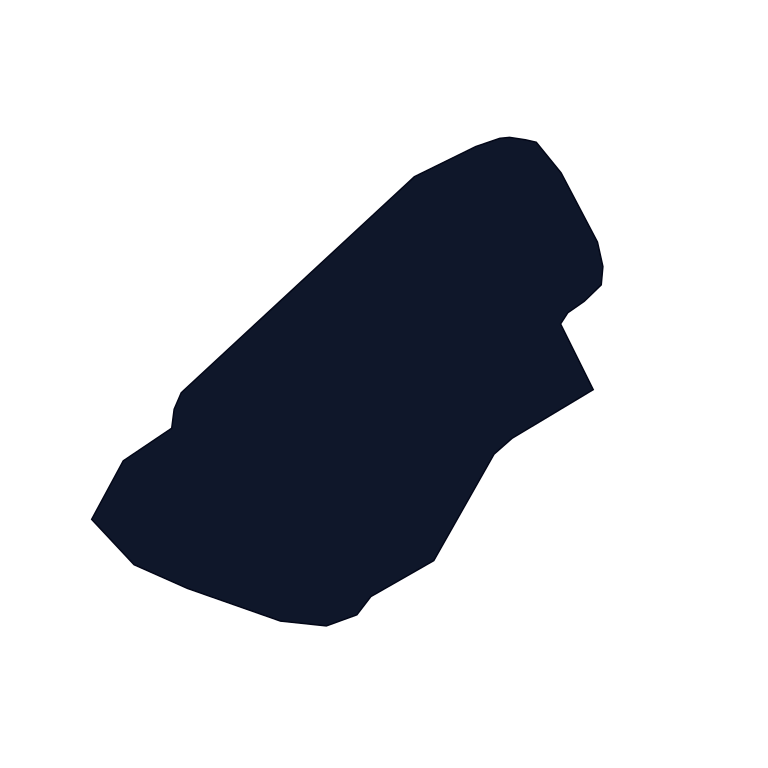 map outline of Slovenske Konjice (Equal Earth projection), rotated 122°
{"feature_id": "SVN-992", "entity_name": "Slovenske Konjice", "entity_type": "Municipality", "adm_level": 1, "iso_a3": "SVN", "parent_name": "Slovenia", "parent_adm1": "", "projection": "equal_earth", "projection_center": [15.451, 46.324], "detail": "fine", "context": "isolated", "style": "filled", "palette": "ink", "viewbox_px": 768, "rotation_deg": 122, "n_neighbors": 0, "source": "natural_earth", "source_scale": "10m", "svg_char_len": 518}
<svg xmlns="http://www.w3.org/2000/svg" viewBox="0 0 768 768"><g transform="rotate(122 384 384)"><path d="M134.0,432.0L114.3,416.0L108.3,408.2L101.9,393.4L98.3,383.0L111.1,345.7L150.5,278.2L168.4,260.6L184.8,252.3L207.7,258.0L226.2,265.9L239.5,266.1L277.9,203.6L362.1,246.6L385.2,253.5L507.4,248.2L571.2,282.5L594.1,284.7L619.7,304.7L639.9,346.1L661.5,442.3L669.7,500.2L653.7,560.2L587.3,564.4L534.0,540.6L516.6,548.6L498.8,551.3L192.1,468.1L134.0,432.0Z" fill="#0f172a" stroke="#020617" stroke-width="1.5"/></g></svg>